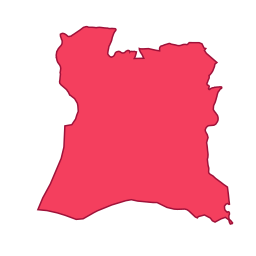 Kota Prabumulih, Sumatera Selatan, Indonesia (orthographic projection), rotated 175°
{"feature_id": "22746128B13695709263199", "entity_name": "Kota Prabumulih", "entity_type": "district", "adm_level": 2, "iso_a3": "IDN", "parent_name": "Indonesia", "parent_adm1": "Sumatera Selatan", "projection": "orthographic", "projection_center": [104.198, -3.455], "detail": "fine", "context": "isolated", "style": "filled", "palette": "rose", "viewbox_px": 256, "rotation_deg": 175, "n_neighbors": 0, "source": "geoboundaries", "source_scale": "gbopen_adm2", "svg_char_len": 5562}
<svg xmlns="http://www.w3.org/2000/svg" viewBox="0 0 256 256"><g transform="rotate(175 128 128)"><path d="M105.5,51.2L96.1,45.5L89.2,43.2L85.8,42.7L78.5,42.3L76.3,41.5L74.5,40.0L68.7,33.5L66.7,32.4L65.7,33.6L59.4,34.7L53.8,31.1L52.0,28.2L49.5,26.7L43.2,29.4L38.8,30.5L35.6,27.7L35.1,24.9L34.4,23.4L32.5,23.7L32.1,24.3L33.5,26.5L35.2,28.4L35.3,30.0L35.2,31.8L34.4,33.4L34.4,34.8L34.8,35.6L35.6,35.9L36.5,35.4L38.4,37.6L38.8,39.3L38.7,41.8L37.0,43.6L35.4,44.1L34.1,43.1L33.6,43.2L33.6,43.5L33.6,45.2L33.6,45.3L33.7,46.1L33.8,53.3L34.1,60.5L37.5,63.3L40.1,65.7L42.6,67.9L45.1,70.1L47.5,72.8L50.3,74.8L51.4,76.2L51.5,77.4L51.2,79.3L51.0,81.0L51.5,83.9L51.6,86.3L51.7,89.9L51.0,91.8L50.6,94.4L50.6,96.2L50.7,98.7L50.7,101.6L50.8,104.1L51.0,106.5L50.6,107.6L50.0,109.3L49.1,111.4L49.4,113.2L49.7,114.6L50.7,116.7L51.2,118.2L51.2,118.3L51.2,118.7L51.2,119.1L51.2,119.3L51.2,119.5L51.1,119.8L51.0,120.0L50.8,120.3L50.6,120.7L50.5,120.9L50.4,121.1L50.2,121.4L50.1,121.6L49.9,121.8L49.6,122.0L49.2,122.4L49.0,122.6L48.6,122.8L48.2,123.0L47.9,123.2L47.6,123.3L46.9,123.3L46.5,123.3L45.0,123.3L44.5,123.3L44.0,123.3L43.0,123.3L42.2,123.3L41.3,123.7L40.4,124.1L40.1,124.4L39.8,124.7L39.6,125.0L38.9,125.9L38.4,126.4L38.1,127.1L37.8,127.6L37.6,128.3L37.5,128.8L37.5,129.0L37.4,129.7L37.4,130.2L37.4,130.6L37.4,130.9L37.5,131.3L37.6,131.9L37.6,132.1L37.8,132.6L38.0,133.1L38.3,133.6L38.6,134.0L38.8,134.3L39.0,134.8L39.2,135.1L39.4,135.5L40.2,136.6L40.3,136.8L40.4,137.0L40.9,137.8L41.2,138.5L41.3,138.8L41.4,139.1L40.9,142.1L40.9,142.4L40.8,142.7L40.3,143.7L39.8,144.6L39.1,145.7L38.8,146.4L38.6,146.8L38.5,147.1L38.3,147.5L38.3,147.8L38.1,148.1L37.9,148.6L37.7,149.0L37.6,149.4L37.4,150.0L37.2,150.4L37.0,151.1L36.6,152.0L36.5,152.5L35.8,154.5L35.4,155.3L35.2,155.8L34.9,156.2L34.3,156.8L33.8,157.4L33.4,157.9L33.0,158.4L32.8,158.6L32.6,158.8L32.3,159.2L31.8,159.2L31.5,159.2L31.2,159.6L31.1,160.0L31.1,160.5L31.3,160.7L31.5,160.8L31.8,160.9L32.0,160.9L32.3,160.9L32.5,160.9L33.3,161.0L33.7,161.0L34.5,160.9L35.2,161.0L35.7,161.0L36.0,161.0L37.2,160.9L37.5,161.0L38.3,161.0L39.0,160.7L39.4,160.7L39.9,160.7L40.1,160.7L41.0,160.5L41.6,160.3L42.7,159.8L43.1,159.7L43.2,159.3L43.6,159.2L43.9,159.3L44.2,159.7L44.4,160.1L44.1,160.8L43.7,161.6L43.5,162.1L43.5,162.5L43.8,163.2L43.9,163.3L44.2,163.5L44.4,163.6L44.7,163.7L44.9,163.8L45.2,164.0L45.3,164.3L45.4,164.6L45.4,164.8L45.5,165.1L45.5,165.6L45.3,165.8L45.2,166.0L45.1,166.4L45.0,166.5L44.8,166.8L44.0,168.6L43.5,169.5L43.2,169.9L43.0,170.3L42.9,170.6L42.8,171.0L42.7,171.4L42.7,171.5L42.7,172.1L42.6,172.4L42.6,172.9L42.7,173.2L42.7,173.3L42.1,173.5L40.0,175.6L38.5,177.6L36.5,181.7L35.9,184.0L33.7,185.5L43.4,195.5L45.1,198.6L43.6,200.4L45.2,200.9L47.0,205.4L49.7,206.8L59.6,207.7L60.5,206.9L61.2,206.3L62.0,205.9L62.4,206.0L63.0,206.2L63.7,206.3L64.7,206.4L66.0,206.3L67.1,206.0L68.3,205.7L69.3,205.6L69.8,205.6L70.1,205.6L70.8,205.7L72.0,206.0L73.1,206.5L74.2,206.8L76.0,207.3L77.7,207.8L78.9,208.5L79.4,208.6L79.8,208.6L80.8,208.4L82.1,208.1L83.2,207.9L84.6,207.6L85.8,207.2L86.3,207.0L87.1,206.9L88.0,206.7L88.6,206.4L89.0,205.8L89.4,205.2L89.6,204.6L89.7,203.3L89.7,202.4L89.7,202.1L89.8,202.1L93.4,203.0L100.7,205.3L106.3,205.5L109.0,205.8L109.8,206.2L109.8,204.8L108.9,202.3L107.6,199.9L106.2,196.1L115.7,196.7L114.7,198.4L113.5,201.3L113.0,203.1L113.6,203.2L115.1,203.8L116.4,203.7L117.7,204.0L119.1,204.0L119.0,204.6L119.6,203.6L119.7,204.0L120.1,204.7L120.1,204.9L120.5,205.1L121.1,205.3L122.0,205.2L122.7,204.8L123.4,204.6L123.9,204.1L124.4,203.8L124.8,203.4L125.7,203.2L126.6,203.1L127.2,203.3L128.1,203.7L128.5,204.0L129.0,204.4L129.2,204.6L129.6,204.9L130.4,205.1L130.9,205.2L131.9,205.0L132.7,204.8L132.9,204.8L133.9,204.1L134.4,203.3L135.0,202.2L135.5,201.4L136.2,200.8L137.1,200.4L137.6,200.2L138.3,200.2L138.5,200.0L139.1,200.3L140.1,201.0L140.8,202.0L141.0,202.1L140.9,202.1L141.5,203.0L141.7,203.7L141.5,205.1L141.1,206.7L140.9,207.4L140.5,208.6L140.3,209.3L139.9,210.9L139.8,211.1L139.4,211.7L139.3,211.8L139.1,212.2L138.9,212.5L138.3,213.7L138.1,214.0L137.3,215.4L137.2,215.6L136.6,216.9L136.6,217.1L136.3,217.8L136.1,218.5L135.8,219.4L135.5,220.2L135.2,220.8L134.7,221.9L134.3,222.8L134.0,223.3L133.7,223.9L132.7,225.3L132.0,225.9L131.4,226.9L131.7,227.8L132.2,228.1L133.6,228.3L134.4,228.4L135.2,228.6L136.2,228.6L136.7,228.6L137.4,228.7L138.1,228.7L138.6,228.9L139.1,229.1L139.7,229.3L140.6,229.4L141.7,229.6L142.5,229.7L143.8,230.0L145.6,230.4L147.7,230.8L149.6,230.8L151.0,230.7L152.7,231.1L155.1,231.5L157.5,231.7L158.2,231.7L160.1,232.6L161.1,232.6L162.1,232.4L163.6,232.1L167.4,229.7L169.6,228.5L171.4,227.5L173.7,226.2L175.5,225.3L176.6,224.5L177.6,224.5L178.8,224.2L180.0,224.6L181.2,226.0L183.0,227.4L184.3,227.9L185.3,228.0L186.5,227.6L187.2,227.3L187.3,225.4L186.8,223.6L186.6,222.4L186.0,220.8L186.1,219.2L186.4,217.7L187.3,216.2L189.1,214.5L190.5,213.1L191.4,211.6L192.3,210.4L192.7,208.7L193.2,206.8L193.1,205.1L193.1,204.5L193.3,204.5L193.0,203.1L192.8,201.4L192.3,199.7L191.5,198.2L190.5,196.6L190.0,195.2L189.8,193.3L190.1,191.8L190.5,190.1L190.8,189.3L190.6,187.5L190.9,186.0L191.3,183.8L191.6,182.1L192.1,180.3L192.1,178.7L191.0,176.9L186.9,172.7L185.7,171.4L185.3,170.5L184.4,169.1L183.6,167.1L183.2,165.9L182.9,165.9L178.6,161.9L176.3,157.1L176.0,154.5L176.1,148.9L177.9,145.3L179.4,141.5L183.7,136.2L190.7,135.6L193.5,114.5L197.2,103.5L210.3,78.9L219.0,65.8L224.9,54.5L215.8,52.8L205.8,49.6L198.2,46.5L187.6,41.5L180.6,41.5L169.1,46.8L165.4,48.3L150.8,52.8L136.5,55.8L130.9,56.3L124.8,54.4L109.6,51.6L105.5,51.2Z" fill="#f43f5e" stroke="#9f1239" stroke-width="1.5"/></g></svg>